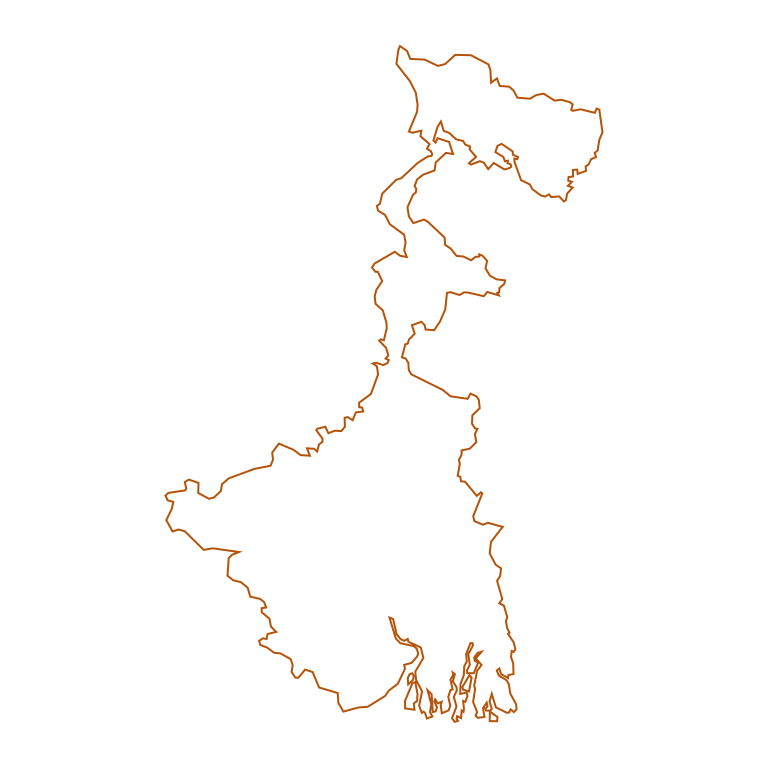 map outline of West Bengal (Mercator projection)
{"feature_id": "IND-3257", "entity_name": "West Bengal", "entity_type": "State", "adm_level": 1, "iso_a3": "IND", "parent_name": "India", "parent_adm1": "", "projection": "mercator", "projection_center": [88.164, 24.386], "detail": "fine", "context": "isolated", "style": "outline", "palette": "amber", "viewbox_px": 768, "rotation_deg": 0, "n_neighbors": 0, "source": "natural_earth", "source_scale": "10m", "svg_char_len": 6106}
<svg xmlns="http://www.w3.org/2000/svg" viewBox="0 0 768 768"><path d="M470.9,55.2L488.5,64.4L490.4,70.2L491.1,82.7L497.0,78.4L499.7,85.9L509.3,86.7L513.5,90.5L517.4,97.7L529.9,98.7L536.4,95.0L543.7,93.7L554.6,100.6L561.3,99.8L570.0,102.2L572.7,104.4L571.2,109.8L572.5,110.8L580.6,109.3L594.8,112.8L596.7,108.5L599.3,109.6L602.5,132.4L599.3,139.8L597.6,150.5L594.6,153.0L596.1,157.0L591.0,159.3L588.5,164.7L585.7,166.2L586.0,170.9L577.7,173.9L577.2,169.6L572.9,170.0L573.0,176.6L568.6,177.0L568.2,180.7L571.9,181.8L567.9,185.8L572.7,187.6L567.1,193.6L566.0,200.0L563.8,201.4L559.2,196.4L551.2,197.1L549.1,194.4L544.8,196.6L540.9,195.4L532.5,189.3L529.8,184.4L521.1,180.2L514.5,161.8L514.4,158.6L517.2,159.2L518.1,157.1L512.9,154.7L512.7,151.4L501.6,143.9L497.5,145.8L495.4,152.1L503.3,156.9L505.0,161.3L507.9,160.7L507.5,163.2L510.7,164.4L511.3,166.7L509.1,168.2L504.3,169.4L493.7,163.0L488.2,169.1L483.8,162.7L479.9,161.2L470.8,164.6L468.9,163.2L476.1,156.9L469.6,149.4L470.1,146.5L465.3,144.6L463.1,141.0L456.1,139.3L449.2,132.9L443.7,130.9L440.9,121.5L437.5,126.9L433.4,140.5L435.6,142.6L437.5,138.2L449.1,141.9L453.0,154.0L445.9,152.9L435.7,162.5L434.6,170.4L423.1,174.7L417.1,179.4L414.6,186.0L416.3,188.9L415.8,192.5L413.1,194.6L407.5,207.2L408.9,216.4L413.3,223.1L424.0,219.6L427.5,221.5L444.6,237.6L445.1,244.9L450.6,248.5L456.5,255.9L463.3,256.5L471.1,260.3L475.4,256.9L479.3,256.5L479.3,254.4L482.5,255.7L487.1,260.8L485.5,268.3L490.0,275.8L496.6,279.3L505.1,280.4L504.3,283.8L499.4,288.1L499.2,292.4L497.3,292.9L498.8,295.4L487.3,292.0L483.8,296.2L467.7,292.5L463.9,292.4L459.6,295.0L450.6,292.2L447.0,292.8L445.3,309.3L439.9,321.8L434.2,330.2L425.6,329.5L424.6,325.0L421.3,321.8L411.9,325.2L414.7,333.7L409.0,339.5L407.8,343.6L405.3,344.3L401.9,357.3L405.7,358.6L408.3,362.7L408.8,370.1L411.4,374.4L442.7,389.9L450.6,396.3L467.7,398.8L470.5,393.6L476.3,396.3L478.8,399.6L479.7,408.2L472.4,415.3L472.0,423.7L474.9,428.3L477.4,428.9L474.9,434.0L476.3,442.2L469.7,448.7L461.6,450.4L461.6,454.7L458.9,459.9L459.8,463.8L457.7,475.8L460.4,477.0L460.9,481.3L465.0,481.7L476.8,495.9L480.9,492.3L482.3,493.4L473.2,516.3L474.4,521.1L482.9,524.7L487.9,522.8L502.7,526.9L491.0,541.8L489.7,553.4L495.6,564.6L501.0,568.3L500.2,576.0L497.1,580.8L502.3,599.0L499.3,603.3L503.9,605.6L507.3,617.2L505.9,620.9L507.2,628.2L509.5,632.7L508.0,633.8L513.7,642.4L515.4,649.4L513.5,651.9L511.7,651.0L511.0,657.0L513.2,663.3L513.5,674.0L508.4,675.1L508.0,678.0L501.1,674.0L499.3,668.5L496.8,670.5L498.8,675.5L506.6,680.3L508.7,683.9L510.3,693.5L516.2,704.6L516.5,709.3L513.9,712.1L510.6,709.4L509.1,712.5L507.0,712.8L495.9,707.4L491.8,693.9L489.6,701.4L491.8,709.0L490.3,710.6L486.1,710.6L485.3,708.6L487.5,706.6L486.7,702.6L483.0,708.2L484.5,716.9L477.8,717.8L475.6,715.7L477.1,712.1L473.1,702.0L475.1,688.9L474.2,685.5L477.1,670.8L481.5,664.9L475.7,658.5L481.5,651.8L477.6,652.9L474.2,657.5L474.7,660.7L478.1,662.6L473.7,673.2L467.3,673.2L467.0,670.3L469.8,664.8L468.3,654.2L472.9,645.5L472.6,643.2L470.5,643.1L466.1,654.2L466.8,661.3L464.3,666.2L463.8,675.1L460.5,684.2L460.2,693.9L466.6,692.6L467.5,695.9L465.4,701.9L463.1,701.0L464.0,708.9L463.5,711.8L461.7,710.5L461.0,718.1L457.2,716.1L456.5,718.6L458.0,720.8L454.7,721.9L452.0,718.2L456.5,706.6L453.8,696.8L456.8,690.6L456.6,687.3L452.8,681.2L454.9,674.2L452.8,672.5L453.3,674.6L450.5,679.6L452.6,689.5L450.5,690.0L448.3,696.8L450.3,705.9L448.6,710.4L441.8,713.2L440.7,705.0L441.7,701.8L437.8,703.4L435.1,699.4L434.4,701.5L437.0,707.4L435.6,711.4L432.8,712.0L431.6,694.2L427.6,690.2L431.3,704.4L430.0,712.1L432.4,716.5L426.9,718.5L425.1,713.0L423.6,711.7L421.9,712.9L419.1,705.7L422.1,691.4L416.1,679.9L415.3,671.6L423.4,657.9L420.8,647.5L408.3,641.7L407.8,639.0L404.2,640.8L400.5,639.0L396.6,634.1L393.1,619.0L389.5,617.6L395.8,638.5L400.4,643.2L413.8,646.1L416.8,648.8L418.2,653.4L417.2,656.5L411.5,662.9L404.2,664.9L405.0,668.7L397.8,683.8L388.7,690.7L385.3,695.8L367.7,706.8L358.8,707.4L343.4,711.6L338.4,702.9L337.7,693.0L319.1,687.5L312.6,672.0L305.1,669.6L298.4,677.7L295.4,677.6L291.6,671.9L292.7,665.3L290.7,659.2L280.5,653.4L274.2,652.8L267.0,647.5L260.3,645.0L259.1,640.9L262.9,638.3L266.5,639.0L267.6,634.0L276.2,631.9L270.9,626.5L269.5,618.7L261.8,612.4L261.6,608.2L266.2,607.5L264.1,602.1L260.1,598.9L250.3,596.7L247.7,587.8L241.0,582.2L233.2,580.3L227.5,575.7L228.7,558.1L232.0,554.8L239.0,552.0L212.6,548.3L203.7,549.9L184.8,531.3L178.4,529.5L172.6,531.5L166.3,520.1L171.8,508.9L173.3,501.9L167.6,500.3L165.5,495.6L168.4,492.9L185.1,490.4L186.3,488.7L184.8,482.1L188.8,479.6L198.5,482.9L198.2,493.0L209.1,498.8L213.9,497.5L220.8,491.1L222.0,484.2L228.7,478.4L254.0,469.0L270.6,465.7L273.0,459.6L272.2,452.6L278.9,443.6L293.7,449.9L300.6,455.1L309.9,455.7L307.0,448.3L314.1,448.8L317.1,451.5L319.0,444.5L322.4,441.9L322.5,438.7L316.3,430.2L317.4,428.7L325.3,426.8L328.4,433.2L334.8,430.7L341.3,431.1L344.9,426.8L344.6,417.8L347.7,417.1L352.6,420.2L355.9,412.4L363.2,411.5L362.2,407.6L359.2,407.2L359.1,402.7L370.9,394.0L378.1,374.4L376.9,366.3L372.8,363.5L376.1,362.7L383.3,365.1L387.5,363.0L388.8,360.2L385.6,358.6L388.3,355.4L386.1,347.8L379.2,340.7L380.6,339.4L383.9,340.2L386.8,328.1L386.4,322.6L382.8,310.4L375.5,303.8L374.7,296.4L376.3,289.9L382.2,281.1L377.9,271.9L375.3,271.7L372.0,267.5L374.6,263.5L394.8,251.8L400.2,255.8L406.8,257.0L404.2,250.3L405.6,242.3L404.1,234.7L389.9,224.3L385.0,214.9L378.1,210.7L376.9,205.9L379.9,203.8L382.3,193.6L396.3,179.7L401.3,178.2L417.5,163.1L427.9,156.4L431.5,156.0L432.2,154.1L430.9,151.2L426.9,148.8L429.5,144.1L420.5,136.3L421.4,130.7L412.6,132.7L408.9,131.6L417.1,111.7L417.6,104.7L415.8,92.7L409.9,81.1L396.4,63.8L398.4,49.8L400.0,46.1L407.0,50.9L410.3,58.9L424.6,59.6L437.9,65.9L445.1,64.1L455.2,54.9L470.9,55.2ZM405.0,701.0L412.4,683.2L415.3,682.0L417.5,694.1L417.1,701.0L413.8,703.4L414.5,709.7L405.1,708.4L405.0,701.0ZM462.4,687.0L469.4,675.3L471.6,677.6L469.0,691.5L463.1,689.6L462.4,687.0ZM489.9,711.6L497.5,717.0L497.1,721.2L489.7,721.1L489.9,711.6ZM408.2,684.4L407.8,678.0L409.7,674.1L412.3,673.3L413.8,676.1L413.0,679.8L408.2,684.4Z" fill="none" stroke="#b45309" stroke-width="2"/></svg>